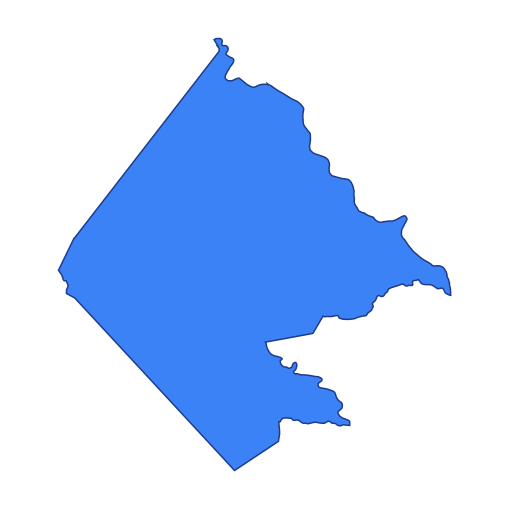 outline of Six Miles/Descatier, Soufrière, Saint Lucia, rotated 3°
{"feature_id": "8701671B56645509731346", "entity_name": "Six Miles/Descatier", "entity_type": "district", "adm_level": 2, "iso_a3": "LCA", "parent_name": "Saint Lucia", "parent_adm1": "Soufrière", "projection": "albers", "projection_center": [-60.969, 13.841], "detail": "fine", "context": "isolated", "style": "filled", "palette": "blue", "viewbox_px": 512, "rotation_deg": 3, "n_neighbors": 0, "source": "geoboundaries", "source_scale": "gbopen_adm2", "svg_char_len": 6070}
<svg xmlns="http://www.w3.org/2000/svg" viewBox="0 0 512 512"><g transform="rotate(3 256 256)"><path d="M59.5,280.6L63.2,285.4L64.7,289.5L65.6,290.7L67.8,290.8L69.6,294.5L69.9,296.1L68.6,299.5L68.6,303.3L77.2,307.4L245.8,471.3L288.1,439.9L288.9,432.2L288.5,428.0L287.7,422.8L287.5,420.4L287.9,420.5L289.0,420.1L289.2,419.1L290.9,416.8L293.6,416.1L299.7,416.2L301.5,417.9L302.9,418.2L304.8,417.6L307.3,417.8L309.0,419.1L311.6,420.5L314.1,420.4L316.7,420.8L321.8,419.3L324.7,418.8L327.1,419.3L330.2,419.5L333.0,419.5L336.3,417.4L337.6,417.2L339.0,417.7L340.5,419.0L343.9,419.0L346.0,420.5L347.2,421.1L349.8,421.1L351.5,420.0L358.5,420.3L358.3,416.9L357.9,416.0L357.5,415.6L356.9,415.3L355.5,414.7L353.5,414.0L351.4,413.5L350.2,412.9L348.2,411.6L347.2,410.5L346.4,409.3L346.1,408.6L346.0,407.9L346.4,407.0L347.3,405.9L348.6,404.8L349.4,403.9L349.8,403.3L350.1,401.3L350.0,400.5L349.8,399.3L349.6,398.8L349.2,398.1L346.2,396.1L345.0,394.9L343.7,392.9L342.7,390.2L342.0,388.6L341.4,387.8L341.0,387.5L340.4,387.1L335.5,385.5L332.6,384.9L331.3,384.7L329.7,384.6L327.3,384.2L325.9,383.7L325.3,383.1L324.8,381.7L324.8,380.4L325.3,379.6L326.1,378.8L327.3,377.9L328.2,377.0L328.3,376.7L328.3,375.5L328.1,375.1L327.0,374.4L325.8,373.8L325.0,373.5L323.8,373.3L321.2,373.2L315.0,372.4L310.9,372.2L307.8,372.3L305.4,372.0L304.4,371.6L303.1,371.4L300.9,371.5L300.3,371.3L299.8,370.4L299.7,369.6L299.9,369.1L301.2,367.7L301.7,367.0L301.9,366.3L302.5,363.6L302.4,362.5L302.1,361.4L301.6,360.6L301.1,360.3L300.1,360.4L299.2,361.1L298.7,361.6L298.2,362.5L297.8,364.8L297.4,365.2L295.5,366.3L294.3,366.3L293.7,366.2L292.9,365.6L292.2,365.3L290.4,365.4L289.7,365.2L288.9,364.9L287.8,364.1L286.9,363.1L286.0,361.4L285.7,360.5L285.6,359.8L285.8,359.2L286.2,358.8L287.1,358.1L287.4,357.8L287.5,357.4L287.0,356.8L286.6,356.4L285.5,356.0L284.6,355.8L282.6,355.2L280.3,354.9L277.9,354.1L276.7,353.5L275.6,352.8L274.3,351.3L272.4,348.3L271.4,345.9L270.6,342.5L270.3,341.9L269.9,341.5L316.9,330.3L326.1,312.5L326.9,313.0L328.2,313.0L329.7,312.7L333.6,312.6L335.4,312.3L338.7,311.4L340.6,311.2L341.4,311.5L341.5,311.8L342.0,313.1L342.9,313.8L346.3,314.6L351.5,314.5L355.3,313.9L358.2,313.3L360.5,312.0L361.4,311.7L365.7,310.4L368.1,310.0L369.2,309.7L370.2,307.9L370.9,306.9L371.9,306.1L373.1,305.2L374.3,303.9L374.6,302.7L375.6,300.7L375.7,300.2L375.7,299.9L374.9,298.3L374.8,297.5L375.0,297.0L375.5,296.2L377.0,294.9L377.5,294.2L378.1,293.0L378.6,291.1L378.9,290.5L379.2,290.0L379.7,289.5L380.3,289.1L380.8,289.1L381.5,289.2L383.0,289.9L384.1,289.8L384.9,289.6L385.5,289.1L386.1,288.4L387.2,286.4L388.5,285.4L389.1,284.8L389.4,284.1L389.6,282.8L390.6,281.7L392.6,280.6L399.5,278.0L401.5,277.2L402.6,276.5L404.7,276.4L405.0,276.6L405.6,277.2L407.1,278.0L408.5,278.1L408.7,277.9L409.3,277.7L409.7,277.3L413.3,277.3L413.9,276.8L414.1,276.3L414.1,276.0L413.9,275.7L413.8,274.8L413.5,273.5L413.8,273.0L414.8,272.2L417.0,272.0L417.8,271.7L418.6,271.2L419.3,271.0L420.4,272.1L421.9,274.1L422.7,274.8L423.8,275.3L425.9,275.7L431.3,275.5L432.6,275.7L433.5,276.0L435.1,276.7L435.9,277.3L438.9,279.1L440.1,279.1L441.3,278.7L442.9,278.4L443.5,278.4L444.4,278.8L444.8,279.1L445.3,279.7L446.4,282.2L447.7,283.4L449.1,284.1L450.2,284.5L451.4,285.0L452.5,285.1L451.8,278.0L450.8,275.2L450.6,272.7L450.0,271.2L449.6,269.7L448.8,268.1L448.4,267.5L447.8,266.4L447.7,264.6L446.8,262.0L446.2,261.2L445.2,259.6L444.2,258.3L443.2,257.5L442.3,257.0L440.2,256.3L437.9,256.2L436.9,256.3L436.3,256.5L434.5,256.7L432.9,256.4L432.5,256.2L431.7,255.3L429.1,253.7L424.6,251.5L422.7,250.4L420.4,249.0L413.5,243.7L412.1,242.4L407.5,237.3L403.5,231.9L401.5,230.0L400.9,229.2L400.4,228.0L400.1,227.1L400.0,224.5L400.1,222.9L400.3,221.9L400.6,220.9L401.9,218.4L402.6,216.4L404.5,212.7L404.8,211.6L404.8,210.9L404.6,210.4L404.0,209.4L403.4,208.8L402.9,208.3L402.5,208.1L401.6,208.2L400.8,208.5L399.8,208.9L396.6,210.8L395.5,211.5L394.7,212.1L393.8,212.6L390.8,213.8L390.1,214.0L386.9,214.1L383.7,214.8L382.1,215.0L379.1,215.8L377.7,215.7L376.7,215.6L375.0,214.9L373.9,214.2L373.1,213.5L372.4,212.8L371.9,211.9L371.0,211.2L370.1,210.8L368.2,210.4L365.8,209.6L364.0,208.8L363.6,208.5L363.2,208.1L362.7,208.0L362.6,207.7L360.5,207.1L360.0,207.1L359.5,207.0L358.4,206.6L358.3,206.4L357.3,206.1L356.4,205.7L356.1,205.5L355.7,204.5L355.5,204.4L355.1,203.7L354.3,202.3L353.6,201.6L352.5,200.0L352.0,199.1L351.3,197.3L351.2,196.2L351.3,193.7L350.7,191.1L350.5,189.3L350.5,185.6L349.7,183.4L349.1,181.0L348.1,179.1L346.9,177.1L345.3,175.5L344.6,175.1L343.9,174.8L341.1,174.3L338.3,174.2L334.6,173.5L328.2,172.0L327.3,171.6L325.6,169.9L324.9,168.5L324.5,166.3L324.4,163.9L324.6,161.9L324.4,159.8L323.8,158.1L323.2,156.7L322.4,155.7L321.2,154.7L320.0,154.1L319.0,153.6L315.8,152.6L310.3,151.1L309.1,150.7L307.8,150.1L307.0,149.6L305.0,147.8L304.3,146.7L303.8,144.2L303.8,142.4L304.1,139.7L304.3,137.2L304.0,133.1L303.7,131.1L303.1,130.1L301.1,128.0L297.5,123.7L297.1,123.0L296.4,121.5L296.0,119.3L295.9,117.6L295.5,115.2L295.4,111.7L295.9,107.5L295.9,106.4L295.6,105.7L294.4,103.9L292.1,101.7L291.0,100.8L289.6,99.8L287.7,98.9L284.1,97.5L282.8,96.9L275.7,92.9L269.7,89.9L266.4,88.0L262.5,85.4L260.5,84.5L259.4,84.3L259.4,84.1L258.4,83.4L258.7,84.1L258.0,84.0L255.4,84.1L253.6,84.2L252.1,84.5L250.1,85.2L246.0,87.3L244.8,87.6L244.0,87.6L242.3,87.2L239.9,86.1L238.3,85.3L237.0,84.4L230.7,79.8L229.9,79.3L229.1,79.3L228.5,79.5L226.3,80.4L224.2,81.6L222.4,82.3L221.6,82.4L219.4,82.4L218.7,82.3L216.7,81.1L216.1,80.0L215.8,79.0L215.8,78.1L216.0,77.3L217.5,73.9L220.1,68.8L222.9,64.6L223.1,64.1L223.5,62.5L223.6,61.6L223.4,61.0L223.2,60.7L222.8,60.2L222.6,60.1L222.1,59.7L218.8,58.4L216.8,57.2L215.5,56.1L215.4,55.6L215.5,54.9L216.9,52.7L217.2,51.8L217.3,51.0L217.3,50.0L216.9,49.1L216.4,48.3L215.0,47.6L214.5,47.5L212.2,47.6L211.1,47.3L210.9,47.0L210.8,46.5L210.7,45.6L210.7,44.9L211.1,43.8L211.1,43.5L211.0,42.9L210.8,42.2L210.1,41.4L209.8,41.3L209.5,41.0L208.6,40.7L208.1,40.7L205.4,40.9L204.2,41.2L202.8,42.2L206.9,48.2L206.3,48.2L208.4,50.8L208.3,53.7L73.5,248.0L73.3,247.9L59.5,280.6Z" fill="#3b82f6" stroke="#1e3a8a" stroke-width="1.5"/></g></svg>